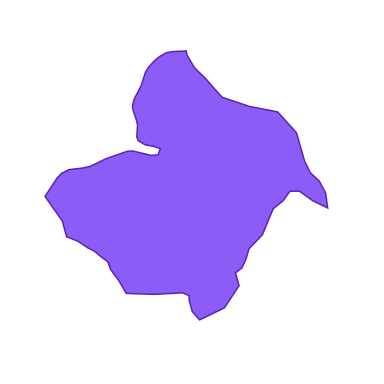 map outline of Centre (Albers equal-area conic projection), rotated 209°
{"feature_id": "HTI-1385", "entity_name": "Centre", "entity_type": "Department", "adm_level": 1, "iso_a3": "HTI", "parent_name": "Haiti", "parent_adm1": "", "projection": "albers", "projection_center": [-71.937, 19.008], "detail": "fine", "context": "isolated", "style": "filled", "palette": "violet", "viewbox_px": 384, "rotation_deg": 209, "n_neighbors": 0, "source": "natural_earth", "source_scale": "10m", "svg_char_len": 1060}
<svg xmlns="http://www.w3.org/2000/svg" viewBox="0 0 384 384"><g transform="rotate(209 192 192)"><path d="M279.9,92.0L291.4,103.8L314.0,114.7L318.4,116.9L316.8,138.8L315.0,145.2L310.7,151.7L298.9,160.2L293.6,164.9L283.2,179.6L268.2,196.4L263.6,199.2L245.7,204.1L239.7,208.1L240.8,214.5L247.0,213.5L255.7,210.6L263.8,210.8L267.0,213.4L271.9,223.8L275.1,227.6L283.1,234.9L285.7,238.2L287.6,245.0L288.0,260.0L290.8,274.4L290.3,281.3L288.6,288.1L286.2,294.4L282.1,301.2L277.2,305.3L267.8,311.1L265.4,312.6L265.3,312.4L263.0,309.5L249.8,301.7L235.2,297.9L223.5,293.6L211.6,289.5L183.5,294.6L155.9,303.6L129.3,294.4L108.4,273.5L98.0,266.3L86.1,263.3L74.7,256.0L65.6,243.8L82.0,242.9L98.5,244.8L106.7,240.2L108.0,228.8L112.8,216.8L111.8,207.1L109.7,188.7L114.6,170.0L112.2,159.1L111.5,150.1L114.7,142.3L105.4,132.9L107.5,106.3L123.4,83.8L133.7,87.5L141.3,95.1L144.4,99.9L151.2,99.3L175.2,84.3L200.3,71.4L212.6,78.8L225.5,84.7L232.0,90.2L241.4,91.5L249.3,93.0L255.7,92.6L268.0,93.6L279.8,92.1L279.9,92.0Z" fill="#8b5cf6" stroke="#5b21b6" stroke-width="1.5"/></g></svg>